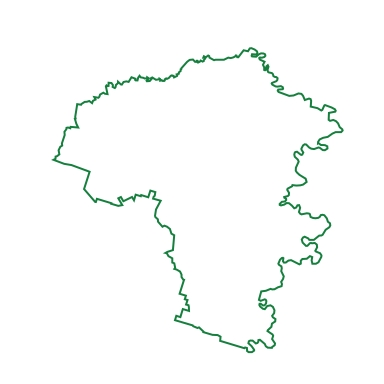 outline of Albury, New South Wales, Australia, rotated 278°
{"feature_id": "25037944B24790092852260", "entity_name": "Albury", "entity_type": "district", "adm_level": 2, "iso_a3": "AUS", "parent_name": "Australia", "parent_adm1": "New South Wales", "projection": "equal_earth", "projection_center": [146.995, -36.015], "detail": "fine", "context": "isolated", "style": "outline", "palette": "green", "viewbox_px": 384, "rotation_deg": 278, "n_neighbors": 0, "source": "geoboundaries", "source_scale": "gbopen_adm2", "svg_char_len": 6036}
<svg xmlns="http://www.w3.org/2000/svg" viewBox="0 0 384 384"><g transform="rotate(278 192 192)"><path d="M44.6,265.6L45.4,266.2L45.2,268.1L42.2,268.7L41.3,270.4L41.8,273.7L43.6,275.6L44.4,275.5L47.7,272.4L50.1,268.9L52.1,269.1L53.0,270.4L53.3,272.7L50.9,276.3L51.6,277.8L52.9,278.5L54.6,278.4L55.1,279.8L51.7,285.2L49.5,286.6L48.4,288.7L48.8,292.8L49.6,292.9L51.8,295.2L53.6,295.3L57.5,291.8L60.9,292.4L62.1,291.6L64.8,286.1L65.7,286.3L69.5,289.4L72.8,289.5L75.4,292.4L77.8,292.3L79.2,289.5L80.5,288.6L83.5,290.2L86.4,290.1L89.5,288.1L90.7,285.5L89.5,282.3L86.1,280.4L86.3,278.3L88.1,275.4L89.5,274.4L90.7,274.5L90.9,275.6L89.5,278.1L89.9,279.6L91.9,280.8L94.4,280.8L95.6,280.0L95.8,278.9L93.8,275.2L94.5,273.3L103.2,274.4L104.5,279.0L107.0,283.3L106.7,285.0L107.2,287.3L109.6,290.4L111.2,293.8L113.4,293.9L115.4,292.8L118.6,294.3L121.3,294.6L126.0,291.4L129.0,291.5L130.8,290.9L132.0,288.3L133.0,287.5L137.2,288.6L139.1,290.1L139.5,291.2L139.2,291.7L136.1,291.7L134.9,292.9L135.2,294.7L137.5,297.0L138.3,299.6L135.3,308.4L136.2,309.7L139.1,309.3L141.0,310.6L141.9,315.0L144.9,317.7L144.3,320.1L140.9,320.0L137.7,321.2L138.2,324.7L140.0,327.0L145.8,329.1L147.3,329.0L149.2,327.3L150.3,323.0L150.9,322.3L154.7,323.6L157.3,322.9L158.6,320.7L157.9,317.9L158.1,317.0L157.7,315.9L154.8,313.8L154.5,312.4L157.3,308.6L160.2,307.3L162.4,308.3L163.4,309.8L162.2,313.6L160.9,314.8L161.6,319.4L166.5,324.0L167.0,326.3L167.8,327.3L173.2,329.6L176.2,332.9L178.1,333.6L180.2,333.0L181.5,330.7L184.6,329.2L187.4,326.3L187.6,324.4L187.0,322.7L185.3,322.1L184.0,320.7L183.2,318.0L183.1,315.5L183.8,312.9L186.5,311.8L186.9,310.9L186.9,308.7L185.1,303.5L185.6,302.1L187.1,300.7L191.4,301.3L193.9,299.9L193.5,298.3L191.1,297.3L190.1,295.5L192.4,292.9L194.4,289.6L194.2,287.2L192.4,285.2L191.1,282.0L191.4,280.7L192.4,280.5L194.8,282.4L195.5,285.3L197.2,286.4L198.4,286.1L199.2,284.2L199.9,284.0L201.3,287.4L202.3,288.3L204.7,288.2L207.4,286.0L208.6,286.2L211.6,290.3L212.8,290.5L212.9,294.5L213.7,298.4L214.8,301.0L217.9,304.1L221.0,302.7L223.9,296.1L226.0,293.1L227.5,291.8L230.5,291.5L236.9,293.4L238.8,292.3L241.2,288.9L243.2,288.1L244.9,288.2L245.9,288.7L246.5,290.4L244.1,294.4L244.0,295.4L244.4,296.0L246.6,296.7L249.2,294.5L250.2,294.3L253.6,295.5L254.9,296.9L254.9,298.5L252.3,301.9L251.5,304.1L251.5,306.9L253.7,311.1L253.5,312.5L251.7,315.7L251.9,317.8L253.9,320.1L256.1,319.6L256.9,317.1L256.5,313.1L258.1,310.3L257.8,310.0L259.2,309.9L261.8,311.1L263.9,314.3L265.5,318.8L269.3,322.8L271.3,325.9L272.0,331.3L273.8,332.6L275.0,332.1L276.7,329.3L280.3,327.1L282.2,324.7L283.0,321.9L281.7,318.8L282.5,317.3L289.4,316.6L291.5,322.7L292.5,323.0L293.8,322.0L295.1,318.5L296.6,311.6L296.1,311.0L291.4,309.6L290.7,308.7L292.5,304.6L293.1,297.7L298.9,297.3L300.5,296.5L300.8,294.9L298.8,290.9L302.7,288.6L304.4,286.7L304.4,283.7L301.7,279.1L300.7,274.9L303.1,263.8L304.2,262.8L305.4,263.1L306.4,267.5L307.0,267.8L308.4,267.3L309.2,265.3L308.2,261.7L308.2,260.0L309.5,256.6L310.5,255.8L311.1,256.0L313.5,260.1L314.8,260.9L316.6,260.9L317.5,259.6L317.5,257.9L318.1,256.5L320.0,255.7L320.9,254.5L321.1,251.4L321.6,250.5L323.5,249.8L326.7,250.3L328.1,249.4L326.8,248.2L323.3,248.2L322.7,247.4L322.9,246.5L325.4,246.2L327.8,244.6L331.1,245.7L332.5,241.0L333.4,240.1L334.2,240.0L334.7,240.6L334.7,242.5L335.8,244.9L337.1,245.7L338.5,245.2L339.1,243.6L338.9,241.1L337.7,239.1L334.9,236.7L334.6,232.6L335.1,232.1L336.8,232.3L337.1,236.2L338.0,237.2L339.3,237.3L340.4,236.7L341.8,234.2L342.7,230.8L342.2,229.2L339.2,227.9L339.5,223.4L331.9,219.1L331.8,218.0L333.3,217.1L333.4,216.5L332.1,215.7L330.9,213.9L330.0,211.7L330.1,209.2L327.4,205.2L326.3,197.0L325.6,195.5L327.5,190.6L329.0,190.1L329.4,189.0L327.3,186.9L328.1,184.9L326.6,184.5L326.8,185.9L326.0,186.5L324.2,185.3L323.3,185.4L322.6,184.3L323.4,182.3L322.0,181.5L321.0,179.9L321.3,179.2L322.5,179.4L322.7,179.0L322.6,178.4L321.6,178.3L321.3,177.0L323.3,174.5L322.5,171.3L320.3,169.1L313.1,164.3L312.2,164.3L311.9,163.7L310.2,163.9L308.6,162.3L307.3,162.5L306.4,160.6L305.9,161.2L304.9,161.1L303.0,158.3L304.5,157.6L304.3,156.4L304.7,155.9L304.2,154.9L301.6,153.1L300.5,151.4L300.9,150.6L299.7,149.3L298.6,149.5L298.1,149.0L297.9,147.1L298.6,146.4L297.8,145.0L299.5,144.6L299.8,143.9L299.1,143.9L298.1,140.7L299.9,136.7L298.9,135.4L298.3,136.2L296.0,134.7L295.4,131.9L295.9,131.5L298.2,133.3L298.7,133.1L299.4,131.6L298.3,131.6L297.8,129.2L298.3,128.1L298.4,125.2L299.8,123.9L297.8,122.8L294.9,122.5L294.7,120.7L295.1,120.1L296.3,120.2L297.2,116.1L292.2,113.9L292.4,111.6L291.4,108.9L288.6,107.6L288.6,106.6L290.9,103.4L289.4,103.5L287.5,101.8L285.2,101.7L284.2,101.1L285.0,98.8L286.9,98.8L288.7,97.1L288.6,94.2L285.4,94.6L285.1,93.7L285.7,92.5L284.7,92.0L277.2,94.7L277.2,92.1L278.0,90.4L275.7,87.4L273.4,87.0L272.3,86.2L272.4,82.0L270.1,83.6L268.6,81.3L266.1,80.7L267.8,77.6L266.7,75.3L266.3,73.2L263.7,70.2L263.0,70.0L263.0,66.1L250.1,65.9L248.6,66.5L248.3,65.8L243.4,68.0L240.0,70.3L239.6,62.7L238.2,62.6L238.6,60.3L238.1,58.8L236.6,58.8L233.9,57.3L230.7,58.0L222.0,56.4L219.9,57.0L218.5,55.3L214.8,54.1L210.8,55.4L208.7,53.4L208.1,52.0L205.9,52.2L204.6,50.4L202.1,61.5L201.9,68.9L197.8,87.8L179.9,84.7L168.7,97.5L168.7,98.2L172.0,98.8L169.7,113.7L169.1,113.6L168.0,120.9L169.3,124.8L175.5,119.9L177.1,122.3L173.3,125.3L178.7,133.3L175.7,135.7L181.5,136.6L180.7,141.9L181.9,142.1L180.7,149.4L187.6,150.6L186.8,155.7L183.1,155.6L182.0,154.7L180.0,154.4L179.0,162.2L169.7,158.8L163.3,158.7L162.1,159.2L160.2,162.0L157.9,162.5L153.5,167.6L154.8,169.3L154.2,172.0L152.3,175.3L147.9,177.4L146.7,180.4L131.8,181.2L129.3,176.0L128.0,174.3L127.9,175.6L125.2,177.6L123.6,181.7L119.4,182.3L118.9,184.4L114.8,185.8L113.4,185.2L113.1,187.4L111.6,191.2L108.8,193.1L106.3,193.5L103.7,195.8L103.8,196.3L89.5,193.9L88.5,200.4L84.8,199.8L84.4,202.6L79.7,201.8L79.4,204.3L77.7,204.9L73.8,205.6L74.8,199.2L66.5,197.9L67.2,193.7L62.7,193.0L60.0,211.3L59.3,211.8L58.1,216.3L58.9,217.8L55.3,222.9L54.8,222.8L53.4,232.2L53.9,237.3L52.7,240.4L48.5,240.6L44.6,265.6Z" fill="none" stroke="#15803d" stroke-width="2"/></g></svg>